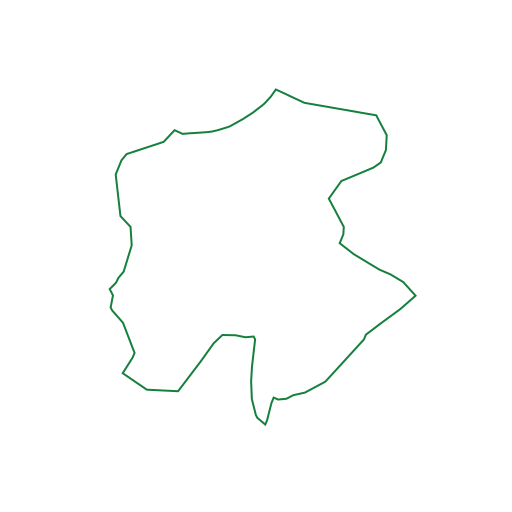 the district of Kesm Tahta, Suhaj, Egypt, rotated 61°
{"feature_id": "37247803B59901173509251", "entity_name": "Kesm Tahta", "entity_type": "district", "adm_level": 2, "iso_a3": "EGY", "parent_name": "Egypt", "parent_adm1": "Suhaj", "projection": "equal_earth", "projection_center": [31.491, 26.766], "detail": "fine", "context": "isolated", "style": "outline", "palette": "green", "viewbox_px": 512, "rotation_deg": 61, "n_neighbors": 0, "source": "geoboundaries", "source_scale": "gbopen_adm2", "svg_char_len": 1251}
<svg xmlns="http://www.w3.org/2000/svg" viewBox="0 0 512 512"><g transform="rotate(61 256 256)"><path d="M293.9,429.4L320.0,416.3L336.5,389.7L321.1,354.8L311.8,335.3L308.8,323.7L315.4,312.3L321.9,304.7L325.3,297.1L328.5,297.2L334.8,301.7L350.6,313.0L363.2,321.0L379.1,329.0L395.0,333.2L398.2,333.3L407.9,329.6L404.8,325.7L392.2,313.9L388.4,309.2L392.3,306.2L395.6,298.6L395.8,290.9L399.2,279.4L399.5,256.3L392.3,234.7L381.3,202.0L378.1,198.1L375.3,178.8L372.4,155.6L368.1,135.7L350.3,139.8L337.4,147.2L327.7,154.7L314.7,162.2L301.8,169.6L285.4,176.6L279.4,169.1L273.1,165.1L253.9,164.7L241.1,164.5L231.8,145.0L235.6,110.5L234.7,101.5L226.3,91.0L213.7,83.1L197.7,82.8L191.3,82.6L191.0,82.9L190.8,83.2L145.5,139.4L120.0,157.9L123.8,165.8L124.7,168.5L126.7,174.4L127.4,177.8L128.0,182.1L129.1,189.2L129.9,201.3L129.9,216.1L129.5,218.7L127.4,228.5L125.7,234.5L123.7,239.3L118.6,250.2L116.8,253.9L113.6,261.0L106.5,266.2L111.4,281.4L107.8,300.4L104.1,319.7L107.1,327.3L116.7,339.2L145.2,351.0L155.4,355.2L169.7,351.6L186.5,359.6L199.3,372.9L205.5,379.3L207.6,384.8L208.5,387.1L211.4,391.2L212.1,393.5L214.0,400.0L221.1,400.2L230.6,408.1L233.8,408.2L249.9,404.7L281.9,409.2L285.0,413.1L293.9,429.4Z" fill="none" stroke="#15803d" stroke-width="2"/></g></svg>